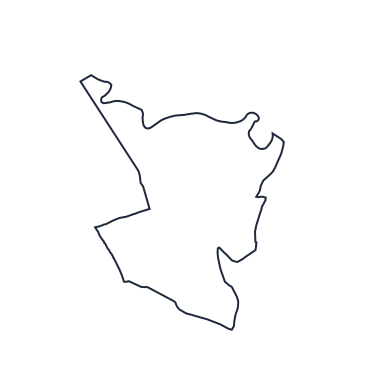 Kafr Sad, Dumyat, Egypt (orthographic projection), rotated 251°
{"feature_id": "37247803B5447548481781", "entity_name": "Kafr Sad", "entity_type": "district", "adm_level": 2, "iso_a3": "EGY", "parent_name": "Egypt", "parent_adm1": "Dumyat", "projection": "orthographic", "projection_center": [31.687, 31.359], "detail": "fine", "context": "isolated", "style": "outline", "palette": "slate", "viewbox_px": 384, "rotation_deg": 251, "n_neighbors": 0, "source": "geoboundaries", "source_scale": "gbopen_adm2", "svg_char_len": 6060}
<svg xmlns="http://www.w3.org/2000/svg" viewBox="0 0 384 384"><g transform="rotate(251 192 192)"><path d="M65.7,196.3L68.1,197.9L69.0,198.3L70.0,198.7L71.7,199.4L74.1,200.2L78.3,200.3L83.5,199.6L85.3,199.3L87.2,199.1L89.5,198.6L92.0,196.5L95.2,194.7L96.4,193.9L108.0,193.8L110.1,193.9L112.3,194.1L121.8,195.3L126.5,196.5L130.3,198.1L130.7,199.4L129.9,200.1L125.6,202.0L122.5,203.7L114.0,207.7L112.2,210.3L111.2,211.8L111.2,213.8L111.9,216.1L111.9,217.5L113.2,221.4L114.4,225.7L116.4,233.1L119.3,234.6L123.4,236.5L124.3,235.7L134.0,238.7L139.2,241.7L149.3,249.1L153.1,252.0L155.6,253.6L157.2,255.6L158.9,257.1L159.7,258.4L162.7,259.9L164.9,256.6L165.4,253.1L166.6,251.2L170.1,255.5L171.7,256.9L175.4,259.0L179.6,263.1L183.2,271.7L184.9,275.0L188.0,278.5L192.6,282.7L198.9,288.6L203.1,291.5L206.0,293.4L209.4,295.1L212.9,293.7L221.1,287.3L220.0,287.0L219.0,286.7L218.0,286.3L217.2,285.9L216.6,285.5L215.7,284.9L215.2,284.5L214.5,283.8L213.8,283.1L213.4,282.5L213.0,282.0L212.6,281.5L212.2,280.8L211.7,280.2L211.3,279.4L210.8,278.7L210.3,277.6L210.1,277.2L209.7,276.4L209.4,275.5L209.6,273.8L209.9,272.2L210.0,272.0L210.2,271.5L210.5,270.9L210.9,270.3L211.2,269.9L211.6,269.6L211.9,269.2L212.3,268.9L212.9,268.5L214.1,267.8L214.7,267.5L215.3,267.3L215.9,267.0L216.5,266.8L217.4,266.6L218.2,266.4L220.1,265.9L221.6,265.4L223.2,264.9L224.0,264.6L224.5,264.5L224.9,264.4L225.4,264.3L226.1,264.3L226.6,264.3L227.1,264.3L227.8,264.4L228.3,264.5L228.7,264.7L229.2,264.9L229.6,265.1L230.0,265.3L230.4,265.6L230.8,265.8L231.2,266.1L231.4,266.7L231.8,267.4L232.3,268.1L232.8,268.7L233.4,269.3L233.8,269.7L234.0,269.9L234.9,270.9L236.2,272.2L237.0,273.1L238.0,274.1L238.2,274.7L238.1,275.3L237.7,276.1L237.9,277.1L238.5,278.1L238.7,278.4L239.0,278.6L239.2,278.8L239.5,279.0L240.0,279.2L240.4,279.3L240.9,279.3L241.4,279.3L241.7,279.3L241.9,279.3L242.6,279.0L243.3,278.8L243.8,278.5L244.2,278.3L244.8,277.9L245.4,277.4L245.8,277.0L246.1,276.7L246.6,276.1L247.0,275.4L247.3,274.7L247.5,274.3L247.7,273.8L247.8,273.2L247.9,272.8L247.9,272.5L247.9,272.1L247.9,271.9L247.8,271.4L247.7,270.9L247.6,270.4L247.5,269.9L247.4,269.7L247.2,269.3L247.0,269.0L246.6,268.4L245.9,267.6L245.3,266.8L244.8,266.0L244.4,265.2L244.3,264.9L244.0,264.3L243.9,264.0L243.7,263.4L243.5,262.8L243.5,262.5L243.4,262.1L243.3,261.5L243.2,261.1L243.2,260.6L243.2,260.3L243.2,259.6L243.2,259.0L243.2,258.4L243.2,257.7L243.3,256.9L243.3,256.5L243.4,255.7L243.6,255.0L243.7,254.2L243.8,253.8L243.9,253.4L244.1,252.7L244.4,251.9L244.7,251.2L245.1,250.2L245.5,249.4L245.9,248.7L246.3,248.0L246.7,247.4L247.1,246.8L247.7,245.5L248.1,244.5L248.5,243.7L249.0,242.8L249.5,241.9L250.0,241.1L250.8,239.8L251.4,239.0L252.0,238.2L252.7,237.5L253.7,236.4L254.4,235.7L255.3,234.8L256.4,233.7L257.7,232.3L259.1,231.0L260.2,230.0L260.5,229.6L261.1,228.9L261.6,228.1L262.5,227.0L263.0,226.2L263.4,225.5L263.7,225.0L264.1,224.2L264.7,222.9L265.2,221.8L265.5,220.3L265.9,218.5L266.3,216.8L266.4,215.9L266.6,215.0L266.9,213.3L267.2,211.5L267.4,209.8L267.5,209.2L267.7,208.7L267.9,208.1L268.2,207.6L268.3,206.9L268.4,206.0L268.6,205.2L268.7,204.8L268.8,204.3L269.1,203.5L269.4,202.4L269.7,201.0L269.8,199.7L269.9,199.1L270.0,197.9L270.1,197.2L270.2,196.0L270.2,194.7L270.2,194.1L270.2,192.8L270.2,191.1L270.2,190.2L270.1,189.3L270.1,188.4L269.9,187.6L269.9,187.1L269.8,186.7L269.6,185.8L269.5,185.0L269.2,184.1L268.6,182.1L267.8,179.4L267.1,176.8L266.8,175.8L266.6,175.1L266.5,174.8L266.4,174.1L266.3,173.7L266.3,173.0L266.2,172.5L266.2,172.0L266.3,171.6L266.4,171.3L266.4,171.1L266.5,170.7L266.8,170.2L267.1,169.8L267.3,169.5L267.6,169.2L268.0,168.8L268.4,168.6L268.9,168.5L269.5,168.2L270.2,168.1L271.0,168.0L271.4,168.0L271.9,168.0L273.1,168.2L274.4,168.4L275.6,168.7L276.9,169.0L278.1,169.4L279.4,169.9L280.5,170.5L281.6,171.1L282.9,171.2L283.8,171.2L285.0,171.2L286.1,171.1L292.5,164.3L293.5,163.5L294.6,162.5L295.6,161.6L296.6,160.5L297.2,159.8L297.8,159.1L298.7,158.0L299.2,157.2L299.9,156.1L300.6,154.9L301.0,154.1L301.4,153.3L301.8,152.5L302.0,152.1L302.1,151.6L302.5,150.8L302.7,149.9L303.0,149.1L303.2,148.1L303.3,146.8L303.3,145.7L303.4,144.6L303.5,143.5L303.7,142.4L303.8,141.8L303.9,141.3L304.1,140.2L304.2,139.6L304.4,138.6L304.8,137.4L304.9,137.1L305.2,136.9L305.5,136.5L306.0,136.2L306.4,136.0L306.9,135.8L307.3,135.7L307.7,135.8L308.1,135.9L308.7,136.1L309.1,136.3L309.5,136.5L309.8,136.7L310.1,137.0L310.5,137.3L310.7,137.6L310.9,137.8L311.0,138.1L311.0,138.8L311.1,139.1L311.2,139.7L311.3,140.3L311.5,140.9L311.6,141.2L311.8,141.7L312.1,142.3L312.5,143.0L312.8,143.9L313.1,144.5L313.3,145.0L313.5,145.3L314.0,146.1L314.6,146.8L315.2,147.5L315.8,148.2L316.6,148.8L317.3,149.4L318.1,149.8L318.7,150.1L319.4,150.5L319.5,150.4L320.0,150.4L320.4,150.2L320.8,150.1L321.2,149.9L321.6,149.7L321.9,149.5L322.4,149.1L322.8,148.8L323.1,148.5L323.3,148.2L323.6,147.8L323.8,147.5L324.0,147.1L324.1,146.7L324.3,146.3L324.4,145.7L324.6,145.5L325.7,143.9L326.5,142.9L327.8,141.3L328.6,140.3L329.0,140.0L329.1,139.9L330.3,138.8L331.6,137.7L333.5,136.1L335.2,134.8L334.8,132.0L332.8,122.5L296.3,131.6L229.5,148.2L225.3,148.1L217.1,146.4L213.2,147.6L189.8,146.4L190.2,135.4L190.0,132.2L190.1,129.4L190.0,121.9L190.5,118.7L191.1,114.5L190.7,108.0L189.6,100.0L189.9,98.2L189.7,95.5L189.7,92.7L190.2,88.9L189.7,88.9L188.4,89.4L187.7,89.4L186.2,89.9L185.2,90.3L181.9,90.3L181.2,90.5L179.9,90.7L178.1,91.2L176.1,91.7L174.4,92.4L173.9,92.4L172.1,92.6L171.6,93.1L170.1,93.3L168.9,93.5L168.4,93.5L165.9,93.9L165.3,94.2L163.8,94.7L162.1,94.9L161.1,95.1L159.6,95.8L158.8,95.8L156.8,96.3L155.6,96.2L155.1,96.5L154.6,96.5L153.3,96.7L152.8,96.9L151.8,96.9L150.6,97.1L149.6,97.4L148.6,97.3L147.3,97.6L146.3,97.6L145.3,97.8L144.5,97.8L143.8,98.0L142.3,98.2L140.8,98.2L139.5,98.4L138.0,98.4L136.8,98.6L130.8,98.5L129.3,98.5L128.5,100.8L128.2,103.3L118.6,113.3L117.3,116.8L116.5,119.0L94.7,139.3L93.1,140.3L92.7,140.3L90.6,140.4L87.9,140.7L84.9,141.9L79.0,147.1L75.9,151.8L70.7,159.1L67.0,164.5L57.7,175.6L51.0,181.8L48.8,184.8L51.1,187.4L51.4,187.9L56.8,190.3L62.4,193.6L65.7,196.3Z" fill="none" stroke="#1e293b" stroke-width="2"/></g></svg>